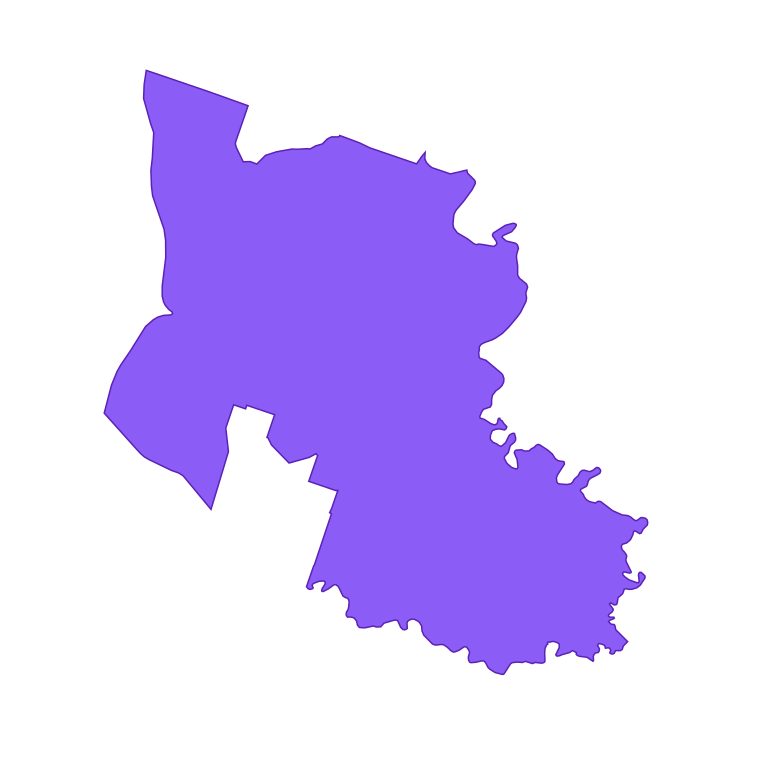 Banyule, Victoria, Australia (Albers equal-area conic projection), rotated 281°
{"feature_id": "25037944B35750934340746", "entity_name": "Banyule", "entity_type": "district", "adm_level": 2, "iso_a3": "AUS", "parent_name": "Australia", "parent_adm1": "Victoria", "projection": "albers", "projection_center": [145.061, -37.734], "detail": "fine", "context": "isolated", "style": "filled", "palette": "violet", "viewbox_px": 768, "rotation_deg": 281, "n_neighbors": 0, "source": "geoboundaries", "source_scale": "gbopen_adm2", "svg_char_len": 6168}
<svg xmlns="http://www.w3.org/2000/svg" viewBox="0 0 768 768"><g transform="rotate(281 384 384)"><path d="M609.8,424.5L602.9,409.1L605.5,389.9L607.1,386.7L609.6,383.3L613.0,381.0L619.2,380.2L614.3,377.5L606.3,374.0L613.1,325.2L616.1,313.7L619.5,293.1L618.0,292.6L616.5,285.2L613.6,281.5L607.9,277.7L604.6,271.3L600.6,266.6L600.4,263.9L598.1,254.9L597.0,248.6L591.5,234.3L585.9,224.1L575.7,217.2L576.8,210.2L575.3,203.4L587.6,194.2L591.4,192.2L594.2,192.3L631.2,197.5L637.5,156.2L646.5,90.8L632.4,91.4L618.5,93.5L595.5,105.0L586.8,110.0L561.3,113.5L549.4,114.4L533.4,118.1L524.5,121.0L493.9,138.6L483.4,142.2L466.6,145.6L437.8,147.6L428.0,149.5L422.5,152.0L419.4,154.4L416.1,158.5L414.2,162.4L412.7,162.9L411.2,161.8L409.3,154.5L406.6,149.4L403.2,145.4L395.0,139.0L368.6,128.9L352.8,122.1L345.4,119.6L330.8,116.7L302.0,114.9L273.7,152.3L269.5,158.0L266.7,162.7L264.9,167.9L258.6,191.9L257.5,199.4L255.6,204.3L227.9,238.1L287.9,244.2L310.6,237.1L334.9,240.4L333.2,252.9L336.9,253.4L333.0,282.5L309.2,279.3L309.1,280.3L302.7,285.2L288.3,305.9L297.7,324.6L302.6,330.6L301.1,332.5L274.1,328.7L270.2,357.1L270.7,359.0L252.2,356.4L247.3,355.2L246.5,357.2L192.6,350.1L192.2,349.7L170.3,346.6L168.6,348.4L168.2,350.5L169.6,353.2L170.6,353.2L172.7,351.9L173.8,352.0L175.3,353.6L178.0,358.1L179.0,361.6L178.9,363.3L178.0,364.2L176.2,364.2L170.9,362.2L169.0,362.3L168.7,362.7L168.6,363.8L172.3,368.5L177.0,372.9L177.7,374.1L177.8,375.1L176.6,377.6L175.6,378.5L168.0,384.2L167.0,386.8L166.8,388.9L165.7,390.3L163.7,391.3L158.3,391.9L155.6,391.7L152.9,390.7L150.6,390.8L149.3,391.4L148.2,392.7L148.8,395.0L148.9,397.6L148.5,399.4L146.1,402.3L142.3,403.9L140.3,406.3L140.7,410.1L141.3,412.6L144.4,419.7L144.0,422.7L145.0,427.1L149.3,429.7L154.4,439.7L154.4,442.5L148.3,446.8L146.6,449.3L146.7,451.4L147.7,453.0L148.7,453.5L153.5,452.2L155.3,452.4L156.8,453.6L158.5,456.1L158.9,458.4L157.6,462.8L156.7,464.3L153.5,467.2L148.9,468.4L145.0,471.0L138.0,481.2L137.6,483.1L137.7,485.2L139.0,489.0L139.5,492.1L137.6,496.5L134.7,501.0L134.1,503.4L134.7,505.0L136.9,508.4L141.1,512.6L141.5,513.4L141.5,515.3L138.9,518.0L136.9,519.2L132.0,518.9L129.1,519.7L127.3,521.1L127.0,522.4L128.4,527.4L130.8,532.6L131.1,535.0L129.8,536.9L125.6,540.2L124.2,542.3L122.0,548.0L121.5,555.5L121.8,556.6L122.5,557.2L133.3,561.5L134.9,563.0L136.5,568.0L137.0,572.9L138.7,575.6L137.9,583.2L139.5,585.4L140.0,591.7L140.6,593.4L141.7,594.7L143.2,594.8L150.3,593.1L155.2,592.5L158.7,593.4L160.1,594.4L161.3,593.8L162.2,594.4L162.2,595.9L163.5,598.7L163.6,600.4L163.2,603.3L162.2,605.6L158.8,606.3L151.2,604.3L150.3,604.8L149.9,605.9L150.8,608.3L152.5,610.8L155.7,617.3L158.3,619.9L157.0,624.2L155.4,624.2L154.4,625.5L154.0,628.1L154.5,635.4L151.7,642.0L152.4,642.5L156.6,641.4L158.9,641.9L160.5,643.1L161.2,645.4L162.5,646.1L165.0,646.1L168.3,643.5L170.2,644.3L170.2,647.5L169.5,650.5L166.9,651.8L167.8,654.3L167.7,655.9L165.9,657.4L163.1,656.9L162.4,658.7L162.5,659.8L163.4,661.3L166.5,662.2L167.3,666.8L168.9,668.5L172.4,668.9L177.6,672.3L187.1,658.3L190.5,657.0L191.8,656.0L191.6,652.9L193.4,649.9L194.9,650.4L197.1,653.9L198.1,654.8L199.0,654.1L198.2,650.1L199.1,648.5L200.7,648.7L203.6,651.3L206.0,652.2L207.1,651.6L211.0,647.3L212.4,648.3L211.0,652.3L212.0,654.4L213.8,654.7L218.8,654.5L223.7,658.3L228.5,659.0L229.3,661.1L229.1,663.3L229.8,666.5L231.9,670.6L233.0,671.9L235.7,674.1L243.4,677.2L245.2,676.9L246.4,675.4L248.2,672.3L247.9,671.0L246.9,670.3L245.1,670.2L238.6,672.3L237.3,671.2L237.2,670.2L238.5,661.9L240.4,657.7L242.1,655.1L243.8,654.4L245.0,654.9L245.4,656.4L245.2,661.1L246.0,662.5L246.8,662.5L255.6,655.8L257.7,654.9L261.1,655.1L262.6,654.5L265.4,651.5L266.7,649.4L269.7,647.9L272.1,648.5L274.3,652.6L278.3,655.7L283.2,657.0L287.2,657.3L287.6,659.0L285.9,663.5L286.7,664.9L290.9,666.1L295.9,669.4L298.3,669.3L300.8,668.3L302.1,666.3L302.2,663.1L301.8,661.6L298.1,658.2L298.0,656.6L298.6,654.8L300.2,652.2L301.4,648.5L300.9,642.9L303.3,632.5L309.9,619.2L309.8,616.7L307.5,614.1L307.7,608.3L309.1,604.7L311.3,602.2L313.6,600.8L316.1,597.6L316.7,597.2L318.1,597.1L322.2,602.2L323.5,602.7L328.1,603.1L330.7,604.5L335.9,611.2L337.7,612.9L339.5,613.3L340.9,612.9L342.3,611.4L342.7,610.4L342.6,608.5L339.1,605.5L337.4,603.0L337.2,601.8L337.6,597.0L336.9,594.8L334.8,593.2L331.2,592.2L326.6,588.8L323.6,587.9L321.7,586.4L320.2,582.5L319.3,574.6L319.9,573.3L320.8,572.4L324.8,571.1L328.0,571.7L339.7,576.4L341.7,575.8L342.2,575.0L341.9,572.4L342.1,569.1L342.9,567.4L343.8,565.9L347.3,562.7L350.3,557.5L354.0,548.5L354.1,546.7L352.8,545.0L350.4,543.4L348.5,541.0L346.0,539.1L345.0,534.8L345.7,531.6L344.3,526.3L343.4,525.4L341.4,525.0L335.2,529.1L328.1,531.3L326.1,530.8L325.8,529.5L326.5,525.2L328.8,521.0L330.6,518.8L332.0,518.0L333.5,516.4L335.9,516.2L340.3,519.1L347.5,519.7L351.9,523.2L354.2,523.9L356.8,523.3L360.3,521.5L360.3,520.1L358.3,517.3L356.9,516.5L349.6,514.5L345.2,511.1L345.4,508.9L346.8,505.7L347.6,502.1L350.1,498.9L353.6,498.3L358.0,499.0L359.1,499.6L361.1,502.8L362.0,506.1L361.9,511.1L363.4,512.4L365.5,512.7L367.8,509.5L370.5,506.8L371.0,504.9L372.5,504.2L372.0,503.0L371.1,502.8L366.6,502.6L365.3,500.9L365.0,499.5L365.5,496.4L368.4,489.3L368.9,484.8L370.5,484.2L375.6,485.3L378.2,486.6L381.8,492.8L384.5,493.5L389.5,492.6L393.6,492.6L398.6,495.1L402.2,498.4L405.1,500.2L408.6,501.1L412.2,500.7L415.6,498.8L417.1,496.8L424.3,483.9L426.7,479.6L427.5,473.8L428.1,472.4L432.7,471.0L435.6,471.1L438.5,470.5L441.3,471.6L443.9,474.8L448.1,481.9L450.5,484.9L456.3,490.6L463.5,495.5L475.0,501.9L480.7,504.5L492.0,507.6L495.6,507.6L500.2,505.8L506.6,506.5L509.3,504.8L513.7,496.7L516.5,494.4L525.7,492.6L533.7,489.8L536.8,489.5L542.8,490.1L545.2,488.9L546.3,488.0L547.3,486.0L547.7,476.6L550.6,471.9L552.3,472.4L557.8,480.2L562.6,482.9L564.7,483.5L565.5,483.5L566.2,482.7L566.5,480.8L566.1,479.4L562.9,472.8L553.1,462.5L551.1,462.0L549.9,462.5L545.7,466.8L543.5,468.0L541.9,467.4L540.0,465.6L539.7,453.7L539.4,450.0L538.5,448.5L538.5,447.4L538.8,445.6L542.4,438.4L546.4,427.1L550.6,422.6L554.1,421.2L563.3,420.3L565.9,420.8L568.4,421.6L578.9,427.5L591.5,433.4L598.3,435.4L600.4,434.8L601.7,433.6L606.8,425.9L609.8,424.5Z" fill="#8b5cf6" stroke="#5b21b6" stroke-width="1.5"/></g></svg>